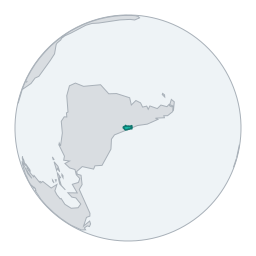 Atacama on an orthographic globe, rotated 243°
{"feature_id": "CHL-2696", "entity_name": "Atacama", "entity_type": "Region", "adm_level": 1, "iso_a3": "CHL", "parent_name": "Chile", "parent_adm1": "", "projection": "orthographic", "projection_center": [-70.184, -27.52], "detail": "fine", "context": "on_globe", "style": "filled", "palette": "teal", "viewbox_px": 256, "rotation_deg": 243, "n_neighbors": 0, "source": "natural_earth", "source_scale": "10m", "svg_char_len": 4738}
<svg xmlns="http://www.w3.org/2000/svg" viewBox="0 0 256 256"><g transform="rotate(243 128 128)"><circle cx="128" cy="128" r="113" fill="#eef3f6" stroke="#a8b0b8"/><path d="M66.9,33.4L67.2,33.2L69.3,31.9L69.2,31.9L77.7,27.2L86.5,23.3L95.7,20.1L105.1,17.7L103.9,18.0L105.0,17.9L114.5,16.9L114.1,17.5L116.1,18.0L118.0,17.4L117.1,16.8L121.1,16.1L119.5,15.9L121.0,15.7L120.8,15.6L124.7,15.4L128.6,15.4L128.9,15.6L130.6,15.7L133.4,15.6L137.1,16.3L144.8,17.8L145.3,18.2L140.7,18.4L132.8,18.0L126.8,19.5L134.6,18.5L135.8,20.0L137.6,20.4L139.8,20.5L140.9,19.9L142.1,20.6L134.9,21.6L133.6,21.0L136.0,20.6L132.2,20.5L127.3,21.8L128.3,22.7L119.9,24.5L120.5,25.3L119.0,26.3L118.6,24.8L119.1,27.8L109.4,32.3L110.0,39.1L105.2,34.3L100.9,34.3L95.6,35.4L95.6,36.4L88.7,37.1L82.3,40.9L79.6,47.3L81.7,51.4L89.4,49.8L91.9,46.6L97.6,45.0L93.2,53.3L103.1,52.8L102.0,59.1L104.8,62.1L109.9,60.7L115.1,61.9L118.9,57.9L125.0,55.7L125.1,60.9L128.5,56.1L131.8,58.6L144.0,58.8L143.0,60.0L153.3,67.2L164.3,71.6L166.9,76.2L165.6,78.5L169.4,80.0L169.5,81.8L184.6,88.1L192.2,95.0L191.9,101.5L185.3,107.3L179.0,123.2L167.2,126.4L163.9,133.4L154.2,143.2L147.0,141.4L148.9,147.5L144.7,150.6L140.0,150.5L139.0,154.6L135.5,154.5L137.7,157.5L132.0,162.9L133.5,167.7L129.3,172.4L130.4,175.3L128.9,175.2L127.2,176.3L127.0,177.9L122.3,175.3L121.0,168.8L122.7,165.5L120.6,165.1L124.3,156.9L122.1,158.6L122.7,146.9L125.9,137.6L128.0,112.8L125.6,108.2L116.9,103.2L106.5,87.9L109.3,81.4L107.0,78.7L114.4,69.7L112.5,62.5L109.9,61.8L107.2,64.7L98.4,61.4L95.4,56.7L69.3,55.4L66.8,54.0L67.2,50.4L60.8,43.9L62.5,51.6L59.5,51.1L57.7,48.9L59.3,47.3L58.8,43.8L56.5,44.0L58.3,40.2L66.8,33.5L66.9,33.4ZM109.2,41.7L120.6,44.7L114.0,45.5L115.3,44.7L112.5,43.4L107.1,42.5L101.3,44.1L109.2,41.7ZM114.6,37.2L112.6,37.1L114.6,36.9L114.6,37.2ZM68.2,32.5L67.9,32.8L68.2,32.5ZM118.7,15.7L119.7,15.7L119.2,15.7L118.7,15.7ZM130.3,181.1L122.7,176.3L126.9,178.4L129.8,175.8L133.8,179.6L130.3,181.1ZM138.9,174.8L142.3,173.7L143.1,174.6L140.9,175.6L138.9,174.8ZM211.5,52.4L210.5,51.4L207.0,48.1L199.9,41.3L205.9,46.7L211.5,52.4ZM227.0,181.7L224.8,185.4L222.9,187.6L220.9,188.3L221.2,183.0L223.8,179.2L228.0,169.8L234.8,149.6L237.5,143.4L238.7,137.0L238.5,120.0L238.8,113.6L238.1,109.5L237.0,108.1L235.9,103.3L235.0,101.9L227.4,96.2L223.3,89.1L214.5,72.0L214.7,67.9L211.7,61.8L210.3,51.3L213.4,54.5L213.5,54.7L218.5,60.9L223.0,67.5L227.1,74.4L230.6,81.5L233.6,88.9L236.2,96.5L238.1,104.3L239.5,112.1L240.4,120.1L240.6,128.1L240.4,136.0L239.5,144.0L238.1,151.8L236.1,159.6L233.6,167.2L230.6,174.5L227.0,181.7ZM214.7,58.1L215.7,59.6L214.7,58.1ZM144.4,58.8L145.8,59.9L143.9,59.8L144.4,58.8ZM113.1,47.5L115.5,47.4L116.8,48.1L114.9,48.4L113.1,47.5ZM133.7,47.0L136.6,47.5L133.6,47.8L133.7,47.0ZM122.4,45.1L131.5,46.8L125.7,48.2L120.0,47.3L124.0,46.8L122.4,45.1ZM113.3,39.6L114.9,39.8L114.4,40.6L113.3,39.6ZM116.0,37.1L115.4,37.2L114.7,36.6L116.0,37.1ZM136.2,20.0L136.8,19.9L139.0,20.1L138.0,20.3L136.2,20.0ZM149.1,20.1L150.8,21.2L148.8,20.4L147.6,20.7L142.1,19.6L145.3,18.4L144.8,19.0L149.1,20.1ZM135.6,18.2L138.7,18.8L135.2,18.2L135.6,18.2ZM131.0,15.4L131.7,15.4L130.4,15.4L131.0,15.4ZM52.6,211.6L52.2,211.3L55.5,214.1L59.6,217.4L62.6,219.7L52.6,211.6ZM45.9,205.1L45.0,204.0L51.5,210.6L50.1,209.4L45.9,205.1Z" fill="#d9dde1" stroke="#a8b0b8" stroke-width="1"/><path d="M130.9,123.6L130.8,123.9L130.8,124.0L130.9,124.3L130.9,124.5L131.0,124.5L131.1,125.2L131.1,125.3L130.9,125.6L130.8,125.8L130.8,126.0L130.9,126.3L131.3,126.7L131.3,126.8L131.3,127.0L131.2,127.0L130.9,127.1L130.8,127.3L130.7,127.3L130.6,127.2L130.4,127.2L130.4,127.3L130.3,127.5L130.2,127.8L130.0,128.0L129.9,128.2L129.9,128.3L129.8,128.5L129.8,128.8L129.7,128.9L129.5,129.0L129.4,129.2L129.4,129.3L129.2,129.3L129.2,129.5L128.9,129.7L128.9,129.8L128.9,130.1L128.7,130.3L128.8,130.5L128.7,130.6L128.7,130.8L128.7,131.0L128.4,131.2L128.4,131.3L128.3,131.5L128.2,131.5L128.3,131.7L128.3,131.8L128.4,132.1L128.4,132.3L128.2,132.4L127.8,132.3L127.8,132.2L127.7,132.1L127.5,131.9L127.4,131.3L127.3,131.1L127.2,131.1L126.7,131.3L126.6,131.5L126.4,131.7L126.2,131.5L126.2,131.4L125.9,131.3L125.7,131.2L125.8,131.2L125.7,131.1L125.8,131.0L125.7,130.9L125.7,130.7L125.8,130.6L126.0,130.4L126.1,130.2L126.1,129.9L126.3,129.7L126.3,129.4L126.3,129.2L126.3,128.8L126.4,128.7L126.5,128.4L126.7,128.2L126.8,128.0L126.8,127.9L126.7,127.9L126.7,127.7L126.7,127.4L126.7,127.2L126.8,127.2L126.9,126.9L126.9,126.7L127.0,126.5L127.0,126.4L127.1,126.2L127.1,125.9L127.2,125.7L127.2,125.4L127.2,125.2L127.4,124.9L127.6,124.7L127.8,124.7L128.1,124.5L128.3,124.5L128.5,124.5L128.7,124.4L128.8,124.3L129.1,124.3L129.3,124.4L130.0,124.3L130.0,124.2L130.1,123.9L130.3,123.8L130.5,123.8L130.8,123.7L130.9,123.6Z" fill="#14b8a6" stroke="#0f766e" stroke-width="1.5"/></g></svg>